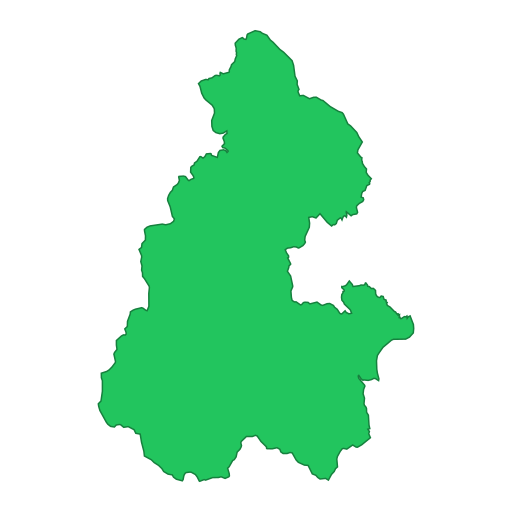 Tran Yen, Yên Bái, Vietnam (Natural Earth projection)
{"feature_id": "81297802B887089272157", "entity_name": "Tran Yen", "entity_type": "district", "adm_level": 2, "iso_a3": "VNM", "parent_name": "Vietnam", "parent_adm1": "Yên Bái", "projection": "natural_earth1", "projection_center": [104.812, 21.705], "detail": "fine", "context": "isolated", "style": "filled", "palette": "green", "viewbox_px": 512, "rotation_deg": 0, "n_neighbors": 0, "source": "geoboundaries", "source_scale": "gbopen_adm2", "svg_char_len": 6069}
<svg xmlns="http://www.w3.org/2000/svg" viewBox="0 0 512 512"><path d="M413.4,324.5L410.1,315.9L408.2,316.9L407.2,318.3L406.9,316.0L405.8,316.8L404.4,316.6L401.5,318.5L400.4,318.5L399.9,317.2L399.2,317.4L399.5,314.6L398.1,315.1L398.1,313.8L396.8,313.9L395.5,311.9L394.6,311.7L390.0,307.0L387.4,305.5L386.6,303.7L387.2,302.5L386.1,301.9L386.1,300.1L384.0,299.3L383.2,296.5L381.2,296.0L380.1,297.4L379.3,297.5L377.7,296.9L376.8,296.1L375.7,294.1L375.5,290.4L373.4,288.4L371.3,288.5L369.3,286.6L367.7,286.3L367.5,285.1L365.8,282.9L365.4,283.0L364.7,284.7L363.4,285.2L361.0,285.0L359.4,285.7L353.0,286.5L352.3,284.5L349.3,281.0L346.5,284.9L345.2,285.8L342.7,286.6L341.8,286.5L341.8,287.7L344.0,289.7L344.3,290.6L344.0,291.3L343.0,291.5L343.1,292.5L341.8,294.6L341.5,297.3L341.9,300.2L343.7,302.3L344.3,304.0L350.3,309.8L351.6,313.2L349.9,313.7L348.6,313.8L347.6,313.0L346.5,312.8L345.1,310.8L341.8,313.9L340.6,313.8L339.7,313.2L337.2,309.3L334.5,307.2L333.5,305.5L329.7,303.5L327.1,303.7L322.7,305.4L321.1,305.0L317.0,302.1L310.3,303.8L309.7,303.8L308.1,302.4L304.9,302.2L303.4,302.6L301.6,304.6L300.5,304.9L296.2,301.9L294.3,301.9L292.1,300.4L291.4,297.4L290.9,291.0L292.7,286.8L292.7,285.8L290.6,276.0L287.4,271.3L288.7,267.7L289.0,265.8L290.6,264.4L290.6,263.7L287.7,257.9L288.6,257.3L288.6,255.9L286.6,253.0L285.2,249.7L287.5,248.1L290.8,247.7L293.7,246.7L296.4,247.0L298.3,248.0L299.2,247.8L302.9,245.6L304.7,243.5L305.4,242.1L304.7,240.2L305.1,236.5L309.3,227.3L309.6,223.2L308.7,217.4L312.3,216.7L316.0,218.0L320.0,213.7L327.2,222.3L331.6,226.0L333.3,224.6L334.7,224.8L336.3,223.5L337.3,220.2L340.3,217.9L340.6,217.8L341.3,218.5L342.0,219.9L342.9,217.3L344.0,216.0L344.9,215.7L346.4,217.2L346.9,215.0L346.2,212.4L346.3,211.7L351.1,215.8L352.7,214.6L356.7,213.9L357.6,212.3L356.4,207.6L356.7,205.8L359.3,203.4L362.7,201.5L363.7,199.7L363.2,197.8L361.1,197.1L361.8,193.2L362.7,191.5L365.1,190.4L366.8,185.6L369.5,184.3L369.7,183.6L369.2,182.6L370.1,181.6L370.1,180.2L371.3,178.7L368.0,175.3L366.2,172.4L366.5,169.0L364.4,166.6L362.4,163.3L362.3,161.7L361.7,160.2L361.9,157.7L360.9,157.2L357.4,152.9L357.9,149.8L362.3,142.0L358.7,136.6L356.8,132.5L350.6,125.9L347.8,123.9L343.4,114.1L342.1,112.6L338.3,111.3L330.1,106.5L322.9,100.5L321.2,100.1L316.3,97.2L313.6,97.3L309.5,98.7L303.3,95.4L299.7,95.8L298.0,91.8L298.2,90.5L299.0,89.4L297.1,84.4L297.3,80.9L295.0,76.2L293.6,65.4L292.1,60.7L283.6,52.2L279.8,49.4L273.1,42.3L270.3,40.0L266.9,35.2L262.3,33.3L260.2,31.7L255.1,30.7L247.7,34.0L247.1,34.9L246.5,38.1L245.9,39.4L244.1,39.1L242.5,37.6L241.8,37.8L238.9,39.2L235.2,43.2L235.3,45.1L236.2,48.1L236.1,51.3L236.6,52.8L236.3,54.3L236.7,55.6L235.3,58.8L234.7,61.6L231.5,64.7L231.1,66.4L229.3,69.9L229.3,71.9L228.9,72.3L223.3,73.8L220.3,72.4L220.0,73.2L220.2,74.9L219.5,75.8L216.6,75.3L215.2,75.5L211.9,77.9L209.0,78.5L208.1,79.8L205.8,79.4L201.2,81.0L198.5,83.6L200.0,86.4L201.7,93.2L204.1,98.0L205.8,99.9L212.2,105.2L214.3,108.7L214.5,113.1L211.7,120.5L211.9,126.4L213.2,130.5L215.9,132.6L219.8,133.7L223.2,133.1L226.8,130.9L227.0,133.5L225.3,134.5L223.1,137.1L223.0,138.2L224.3,141.5L224.5,143.6L222.0,146.2L222.7,147.6L225.0,148.1L227.9,150.5L228.1,151.4L227.0,152.5L226.0,150.9L223.7,149.8L220.0,150.4L218.4,152.5L217.3,157.4L211.6,155.4L211.0,153.7L210.4,153.5L206.4,153.9L204.8,156.7L203.0,158.1L200.8,156.6L199.9,156.7L197.0,161.2L194.5,163.0L194.1,164.9L191.6,166.4L190.8,167.4L190.6,172.1L193.2,175.7L193.9,177.6L193.7,178.4L190.9,179.4L189.0,180.7L188.2,180.2L185.5,176.6L183.5,176.1L179.0,176.4L178.7,176.9L179.4,180.5L178.3,183.1L177.2,184.5L173.5,187.0L172.3,190.4L170.4,192.3L168.7,195.3L167.6,198.6L167.7,200.6L170.2,206.8L172.4,216.4L174.4,218.9L173.6,221.3L170.4,223.7L165.7,224.8L162.3,224.1L150.2,225.9L147.0,227.2L144.5,229.4L144.5,230.8L145.5,235.8L145.4,240.1L142.0,243.6L141.5,247.5L139.0,249.4L141.6,255.6L141.7,257.1L140.8,261.6L142.0,265.9L141.6,270.1L142.5,272.8L142.6,276.4L144.5,278.7L149.1,286.1L149.4,287.5L148.8,293.5L148.9,306.3L147.1,310.7L145.8,310.3L143.2,308.3L141.7,307.7L135.4,309.2L133.0,310.2L130.4,311.9L130.2,314.1L127.5,321.3L127.3,326.5L124.8,328.9L126.1,332.5L126.1,334.1L125.4,335.0L123.4,334.9L121.4,336.0L116.4,340.5L116.4,345.1L117.0,349.4L114.6,352.4L113.9,354.1L115.5,361.5L115.3,362.6L112.0,367.0L109.0,370.0L106.8,371.4L101.3,373.2L101.4,377.8L102.4,380.7L102.4,391.3L101.0,401.0L98.3,403.8L98.7,406.4L99.9,410.5L106.4,422.3L107.8,424.2L110.6,426.4L114.4,427.0L116.3,425.0L119.4,424.5L120.6,424.7L123.7,427.3L128.2,426.6L134.1,429.7L135.8,433.3L140.2,434.1L141.5,442.1L143.9,451.4L144.4,456.0L151.4,459.8L154.2,462.6L158.6,465.4L161.9,468.6L163.7,471.5L168.0,474.1L172.3,474.9L173.5,477.1L176.3,479.2L182.3,480.8L183.1,479.6L183.9,475.5L185.1,473.3L186.1,472.6L189.6,472.1L191.2,472.2L195.4,474.5L197.2,476.9L199.3,481.1L199.7,481.3L204.1,479.6L205.6,480.1L212.6,477.6L218.4,477.5L221.1,476.8L225.1,478.4L228.8,476.8L229.4,475.9L229.2,473.6L227.6,468.2L229.1,466.8L232.7,460.5L234.3,459.6L236.1,456.9L237.1,452.2L240.0,449.2L241.1,447.0L241.5,445.6L240.8,442.8L241.3,441.4L246.4,436.5L252.4,436.5L255.4,435.3L257.2,436.0L261.0,441.5L266.4,446.8L266.6,448.4L267.0,448.7L272.3,448.8L277.0,447.7L279.9,449.3L280.8,451.9L283.1,453.5L287.1,453.5L290.0,452.5L292.2,452.9L296.1,459.9L298.3,462.3L304.4,465.1L308.1,465.4L312.3,473.9L315.9,475.3L317.7,477.4L320.0,479.0L325.6,478.4L328.4,480.1L331.5,474.4L334.2,471.5L335.5,468.7L337.5,466.9L336.8,459.0L337.4,456.5L340.2,451.4L342.3,448.7L343.6,448.4L346.8,449.1L352.7,445.0L356.1,447.1L357.5,447.2L361.7,444.8L370.4,437.7L368.7,433.7L369.4,431.5L367.8,429.2L369.8,428.6L369.0,425.1L368.4,415.2L366.6,412.3L366.5,408.6L366.0,407.2L364.3,405.1L364.0,403.6L364.5,398.2L363.1,393.8L363.6,389.5L364.9,386.1L364.6,385.2L358.7,378.3L358.2,376.0L358.8,375.4L361.2,378.9L363.0,380.3L363.7,379.9L368.2,380.4L371.4,379.6L373.8,378.4L375.3,378.5L378.6,380.6L378.9,378.9L377.4,373.2L376.8,369.3L376.5,360.7L377.4,355.5L379.3,352.5L383.0,347.3L391.4,340.2L393.4,339.3L405.7,339.1L409.5,337.1L413.3,332.9L413.7,328.5L413.4,324.5Z" fill="#22c55e" stroke="#15803d" stroke-width="1.5"/></svg>